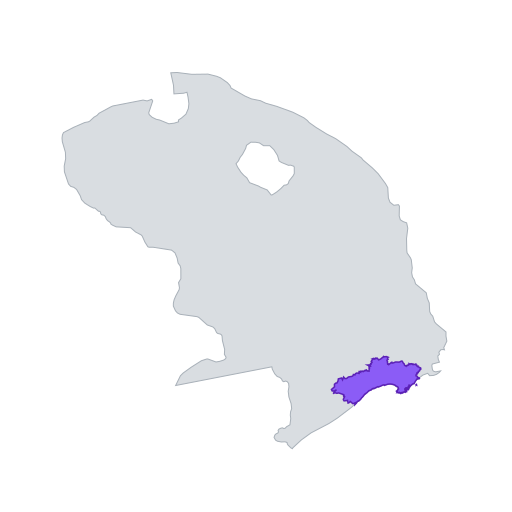 location of West Coast, Western Cape, South Africa, rotated 259°
{"feature_id": "47623444B37444115609272", "entity_name": "West Coast", "entity_type": "district", "adm_level": 2, "iso_a3": "ZAF", "parent_name": "South Africa", "parent_adm1": "Western Cape", "projection": "mercator", "projection_center": [18.155, -32.059], "detail": "fine", "context": "in_parent", "style": "filled", "palette": "violet", "viewbox_px": 512, "rotation_deg": 259, "n_neighbors": 0, "source": "geoboundaries", "source_scale": "gbopen_adm2", "svg_char_len": 9233}
<svg xmlns="http://www.w3.org/2000/svg" viewBox="0 0 512 512"><g transform="rotate(259 256 256)"><path d="M362.5,85.7L375.2,84.0L380.9,84.9L387.8,87.7L394.2,88.7L405.1,87.7L408.8,88.1L411.8,89.1L413.9,90.6L417.1,101.5L419.7,113.3L419.7,117.1L420.1,118.5L423.2,123.5L424.3,126.7L426.1,129.2L430.1,141.9L430.6,144.1L430.6,174.9L429.0,178.7L429.7,183.5L427.9,184.2L417.0,178.0L415.1,178.2L412.0,180.5L409.2,184.2L407.9,187.3L402.4,195.7L402.0,201.0L402.5,205.6L404.3,205.8L405.6,209.1L408.6,214.3L413.6,217.7L418.3,219.2L424.8,219.6L429.9,219.5L429.6,216.0L430.8,206.4L439.4,207.6L452.1,207.3L451.2,213.5L446.6,227.6L443.7,243.6L439.9,251.7L437.7,255.1L431.6,261.0L428.3,263.0L425.6,263.6L415.1,275.7L411.1,281.5L407.6,290.0L404.1,294.7L399.0,304.8L390.1,319.6L382.5,329.4L379.2,332.3L376.9,333.6L370.9,339.3L362.4,348.5L355.9,356.7L346.2,366.1L340.6,370.2L332.2,378.2L329.8,379.4L320.3,387.0L313.5,391.6L302.4,396.9L298.0,398.4L287.6,397.0L283.2,397.8L279.5,401.0L279.2,405.6L277.6,406.3L268.0,404.2L264.0,404.6L261.7,407.0L259.8,410.2L254.3,410.3L244.5,407.1L232.9,405.1L230.2,404.9L224.6,407.3L222.6,407.7L214.5,407.1L209.9,405.6L205.6,405.6L202.3,406.9L198.2,407.3L187.4,416.1L181.7,416.1L176.9,417.1L168.3,415.9L165.7,416.5L163.2,418.0L157.3,418.7L155.0,420.0L145.2,428.0L141.1,427.2L136.0,427.1L130.2,422.8L127.9,423.1L128.5,421.8L128.7,419.5L126.7,417.2L124.4,417.3L123.2,415.4L119.7,415.2L116.8,415.8L116.3,408.4L114.9,407.7L111.4,407.5L109.7,407.8L108.9,408.5L108.0,410.2L108.0,415.3L106.8,413.8L105.4,410.7L104.9,407.5L105.4,403.6L108.1,402.1L107.3,397.2L103.2,388.7L100.7,386.9L98.8,382.6L96.8,381.1L96.0,378.0L94.1,375.6L93.4,371.8L94.5,369.6L96.1,368.4L97.8,370.3L100.0,369.6L103.0,366.8L104.7,362.7L104.8,356.0L104.4,351.9L102.0,341.2L100.9,338.7L95.5,331.1L89.3,321.0L81.4,305.0L77.6,295.5L71.9,276.4L66.9,265.6L60.7,255.6L59.9,255.0L60.9,253.7L64.2,251.4L65.7,250.8L66.5,251.1L67.3,250.5L68.1,248.9L68.6,245.4L70.1,241.7L71.5,240.1L74.5,239.1L76.7,240.4L77.6,241.8L78.0,243.6L79.0,244.5L80.6,244.4L81.7,245.5L82.3,247.8L82.2,249.4L81.3,250.4L81.4,251.8L82.6,253.5L83.8,257.1L89.8,259.1L93.2,259.3L96.4,260.2L99.4,261.9L104.4,262.3L111.3,261.4L117.0,261.8L121.4,263.4L124.7,263.7L126.7,262.7L127.6,261.2L127.3,259.3L128.3,258.1L130.5,257.6L132.3,256.1L133.7,253.8L136.8,251.9L141.8,250.4L144.2,250.4L144.2,152.4L152.9,159.0L155.0,162.1L159.2,171.2L163.6,182.4L164.3,187.9L164.1,189.1L159.6,196.5L159.5,200.1L160.0,204.4L161.0,206.6L162.3,207.3L165.5,206.2L170.2,207.4L179.4,206.9L183.9,207.4L185.1,207.1L186.1,206.2L187.3,203.6L188.4,202.7L192.6,201.6L194.6,200.1L197.6,195.0L206.6,188.2L207.7,186.6L213.3,170.3L215.1,168.0L217.6,166.5L222.6,165.3L225.5,165.9L228.7,167.3L232.2,169.7L237.6,174.1L239.4,174.8L244.7,174.9L248.0,177.9L257.9,179.8L260.8,179.7L263.9,178.2L269.0,178.2L274.5,177.1L277.9,174.2L284.3,156.5L285.0,152.7L285.7,151.6L290.9,149.6L297.3,148.1L298.6,147.3L302.5,142.4L307.7,138.3L311.3,124.3L313.7,121.0L315.1,119.6L316.1,119.6L317.4,118.7L319.1,117.0L321.2,116.0L323.5,115.6L325.1,114.4L325.8,112.6L327.0,111.7L328.8,111.7L329.7,111.1L330.0,109.9L333.9,106.9L334.0,105.7L336.2,102.7L340.5,98.1L344.6,95.5L348.5,95.0L355.5,92.6L358.1,90.4L359.7,87.4L362.5,85.7ZM350.6,296.3L357.0,293.8L361.7,290.5L362.8,284.5L366.4,280.9L367.7,277.4L368.7,272.7L366.5,267.8L363.6,266.4L358.3,262.1L355.9,259.3L352.7,256.9L350.4,254.0L346.8,254.9L341.1,257.2L337.5,259.4L334.5,261.9L329.2,263.7L324.2,271.8L322.6,273.6L318.7,279.6L313.0,282.5L312.9,283.5L314.8,288.4L317.4,293.2L320.1,297.1L320.0,299.6L320.9,301.5L323.4,302.8L327.6,307.7L329.6,309.3L335.9,310.5L336.9,310.2L338.6,307.3L338.8,305.2L343.0,298.8L344.9,296.8L350.6,296.3Z" fill="#d9dde1" stroke="#a8b0b8" stroke-width="1"/><path d="M132.4,364.8L132.6,362.5L133.1,362.1L132.9,361.8L132.6,361.8L131.9,360.1L131.1,358.7L130.6,356.6L132.6,355.5L132.6,355.3L132.4,355.1L132.7,354.7L132.6,354.3L132.8,354.2L132.6,354.0L132.8,353.5L132.5,353.0L132.3,353.2L132.2,352.5L132.5,352.1L133.0,352.0L133.1,351.7L132.9,350.9L132.5,351.8L132.4,351.6L132.4,350.6L132.0,350.5L131.0,349.3L130.3,348.9L129.9,349.5L129.5,349.6L129.2,349.2L128.7,348.8L128.5,348.0L127.7,347.4L127.4,347.9L127.1,347.5L127.5,346.2L127.7,344.6L125.9,347.0L125.6,345.8L124.9,345.9L124.5,345.6L124.2,346.0L123.9,345.8L123.6,345.8L123.4,345.6L122.9,345.4L122.2,345.1L121.5,345.0L121.7,344.5L121.6,344.2L121.6,343.9L121.9,343.6L122.3,343.1L122.7,342.9L122.7,342.6L122.9,342.6L122.8,342.4L122.7,342.5L122.6,342.3L122.4,342.3L122.4,341.9L122.8,341.7L123.0,341.8L123.1,341.4L122.4,340.2L122.1,339.2L122.6,339.1L122.7,338.4L122.5,337.9L123.0,337.1L122.9,336.4L122.1,336.4L122.9,335.2L122.4,334.9L121.8,334.9L121.4,334.5L121.1,334.8L121.0,334.7L121.3,334.4L121.4,333.9L121.7,333.4L121.9,332.3L121.6,332.0L121.6,331.7L121.6,331.3L121.1,330.8L120.4,330.4L121.1,329.0L120.0,328.4L119.5,327.1L119.6,325.9L119.6,323.6L118.5,321.6L118.7,319.9L120.5,318.9L117.9,317.3L119.9,316.7L119.7,313.4L117.6,312.6L115.9,311.2L116.0,310.0L115.1,308.5L112.6,308.1L110.6,304.6L109.0,305.0L108.5,307.2L109.4,309.5L107.6,306.9L106.1,305.5L106.8,307.3L105.8,309.1L105.8,311.0L103.3,315.4L103.0,315.7L102.1,315.2L101.6,315.3L101.9,315.8L101.5,315.9L101.0,316.2L98.9,314.5L98.4,314.3L97.1,314.7L96.9,315.4L96.8,318.2L96.3,318.1L95.4,318.2L94.9,318.4L94.1,318.3L94.1,319.0L95.2,320.8L94.5,321.3L94.3,321.6L94.1,321.6L92.5,323.0L93.0,325.4L91.6,324.8L91.2,324.7L92.6,326.7L93.1,327.0L93.7,327.6L94.1,328.4L94.2,328.9L94.0,329.0L94.1,329.4L94.6,330.0L94.6,330.3L95.2,330.9L95.7,331.8L96.6,332.6L97.2,333.7L97.8,334.2L98.0,334.7L98.6,335.2L99.5,336.3L99.8,336.8L99.7,337.2L100.1,337.5L100.6,338.8L102.3,341.2L102.3,341.5L102.2,341.7L102.6,343.2L102.5,343.3L103.3,344.5L103.7,345.6L103.7,345.9L103.5,346.0L103.5,346.5L103.3,346.6L103.8,348.0L103.7,348.3L104.0,348.7L104.0,349.1L104.5,350.4L104.5,350.8L104.1,351.1L104.2,351.4L104.1,351.6L104.4,352.9L104.4,353.4L104.7,354.2L105.2,356.3L105.0,357.3L104.5,357.4L104.8,359.4L105.0,360.8L104.9,362.3L104.7,363.5L104.0,365.6L102.9,367.6L101.7,368.6L100.8,369.9L100.3,370.3L99.6,370.5L98.9,370.4L98.3,370.6L98.0,370.1L97.3,369.6L97.2,369.4L97.3,369.3L96.5,368.9L96.4,368.7L96.5,368.6L96.4,368.5L96.5,368.3L96.3,368.3L96.2,368.2L96.0,368.6L95.7,368.8L95.5,368.6L95.3,368.8L95.1,368.6L95.1,368.9L94.5,369.4L94.5,369.6L94.8,370.1L94.8,370.6L94.7,371.0L94.4,371.3L94.2,371.1L94.1,371.4L93.8,371.4L93.6,371.6L93.4,371.7L93.4,372.0L93.7,372.2L93.6,372.3L93.8,372.2L94.1,372.5L94.2,372.8L94.2,373.4L93.7,373.5L93.8,373.8L93.6,374.0L93.8,374.2L94.1,374.4L94.2,374.7L94.3,375.2L94.1,375.4L94.2,375.6L94.3,375.7L94.2,376.0L94.3,376.1L93.9,376.5L94.1,376.9L94.3,376.8L94.7,377.1L94.6,377.5L94.3,377.5L94.5,377.7L94.4,377.9L94.6,377.9L94.8,378.2L95.5,377.8L95.4,377.6L95.7,377.4L96.2,377.7L96.3,377.9L96.1,377.9L96.3,378.0L96.3,377.7L96.1,377.4L96.0,377.5L95.7,377.3L95.8,377.0L95.7,376.9L96.2,376.6L96.9,376.7L96.6,377.6L96.9,376.9L97.2,377.0L97.7,377.4L97.8,378.0L98.0,378.1L97.9,378.7L97.6,379.1L97.7,379.7L98.4,380.4L99.1,380.8L99.3,381.1L99.1,381.4L99.3,381.5L99.1,381.6L99.0,381.4L99.0,381.6L99.4,381.8L99.5,381.8L99.4,381.9L99.6,382.0L99.5,381.9L99.9,381.9L99.9,382.2L99.5,382.5L99.2,382.5L99.1,382.4L99.1,382.1L98.5,381.7L98.2,381.3L98.2,381.1L97.6,380.8L97.7,380.4L97.3,380.2L97.2,379.6L97.3,379.4L97.1,379.4L96.5,379.4L97.1,379.2L96.9,378.9L96.9,378.7L96.3,378.6L96.5,379.3L96.2,379.5L96.0,379.4L96.0,379.6L95.8,379.8L96.3,380.1L96.4,380.4L96.3,380.5L97.1,380.9L97.3,381.1L98.4,382.2L99.5,383.6L100.1,384.6L100.7,385.9L100.8,386.5L100.5,386.6L100.5,386.8L100.9,387.2L102.4,388.3L103.3,389.2L104.3,390.4L104.4,390.9L104.5,390.9L104.4,391.2L104.7,391.5L104.5,391.9L104.6,392.1L104.4,392.1L104.4,392.3L104.4,392.9L104.7,393.1L104.8,393.0L105.1,393.0L105.1,392.7L105.6,392.4L105.5,392.2L105.8,391.7L106.1,391.3L107.1,391.3L107.5,390.9L107.8,390.2L108.5,390.3L109.1,390.7L109.5,391.1L109.5,391.7L110.4,391.6L110.7,391.9L110.8,392.6L110.5,392.8L110.7,393.1L111.4,393.4L111.7,393.4L111.9,394.5L112.4,394.9L112.6,394.8L113.0,395.2L113.4,395.7L113.5,396.2L113.8,396.2L114.0,396.0L114.5,396.3L114.9,396.0L115.0,395.7L115.2,395.2L115.5,395.2L116.5,393.7L116.9,394.0L117.0,393.5L117.0,393.2L117.4,393.0L117.5,393.1L118.3,393.0L118.4,392.4L119.4,392.3L119.2,391.7L119.4,391.6L119.3,391.2L119.3,390.7L119.3,390.1L119.7,389.9L119.6,389.7L119.9,389.3L119.8,389.0L120.1,389.0L120.0,388.7L120.3,388.3L120.3,388.1L120.6,388.0L120.6,387.8L120.7,387.6L120.7,387.1L120.7,386.8L120.3,386.5L120.6,386.2L120.4,386.1L120.3,385.8L120.5,385.6L120.8,385.5L120.6,385.4L120.6,385.2L120.3,385.2L120.2,384.9L120.2,384.6L120.0,384.3L119.7,384.3L119.7,384.1L119.5,383.9L119.6,383.5L119.8,383.4L119.8,383.0L119.5,382.7L119.2,382.4L119.8,382.1L119.8,381.5L120.4,381.0L120.8,380.9L122.0,380.8L123.0,380.0L124.3,379.7L125.0,379.3L125.1,378.4L124.8,377.7L124.5,376.3L125.3,373.0L125.2,371.8L124.9,370.9L124.9,369.2L125.8,369.1L125.7,368.5L124.2,366.0L124.1,365.5L124.6,365.5L124.4,365.0L124.6,364.6L125.7,364.7L126.1,364.6L127.1,365.0L127.5,364.8L128.5,364.6L129.0,364.9L129.3,365.8L129.7,365.6L130.3,365.6L130.8,366.0L131.3,366.1L131.4,366.4L131.6,366.1L131.6,365.6L131.8,365.6L132.2,365.3L132.4,364.8ZM98.7,388.5L99.0,388.9L98.9,389.0L99.3,389.0L99.1,388.5L98.7,388.5Z" fill="#8b5cf6" stroke="#5b21b6" stroke-width="1.5"/></g></svg>